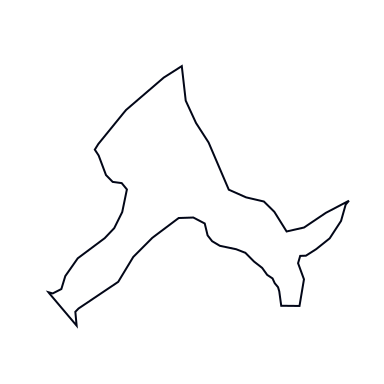 outline of Metlika, rotated 263°
{"feature_id": "SVN-969", "entity_name": "Metlika", "entity_type": "Municipality", "adm_level": 1, "iso_a3": "SVN", "parent_name": "Slovenia", "parent_adm1": "", "projection": "equal_earth", "projection_center": [15.277, 45.643], "detail": "fine", "context": "isolated", "style": "outline", "palette": "ink", "viewbox_px": 384, "rotation_deg": 263, "n_neighbors": 0, "source": "natural_earth", "source_scale": "10m", "svg_char_len": 913}
<svg xmlns="http://www.w3.org/2000/svg" viewBox="0 0 384 384"><g transform="rotate(263 192 192)"><path d="M110.0,37.3L108.3,41.4L111.6,50.5L124.0,56.0L140.1,70.5L156.8,99.7L165.6,110.4L180.6,120.3L202.5,127.7L209.4,123.3L211.7,114.5L219.3,108.7L239.6,103.8L245.9,100.7L251.1,104.9L278.3,133.2L281.5,136.6L309.0,177.9L318.2,197.2L283.4,196.9L260.0,204.4L239.1,214.5L189.8,228.8L180.1,245.0L173.8,262.2L162.3,271.3L141.3,281.1L143.1,298.9L155.0,322.3L164.2,346.7L163.3,345.7L160.8,343.0L145.1,336.4L129.2,323.0L120.1,308.2L114.9,297.3L115.4,291.6L108.4,288.6L91.7,292.5L65.8,284.8L68.2,266.7L82.8,266.5L87.0,265.8L91.4,263.0L96.4,261.4L100.6,256.5L108.1,252.4L115.4,245.1L125.1,237.6L129.8,228.9L135.2,213.1L140.7,206.0L147.0,202.2L159.2,200.8L166.5,190.2L167.8,175.6L151.4,147.1L134.7,125.8L111.8,107.8L90.2,65.2L87.3,61.6L73.4,61.2L108.5,38.2L110.0,37.3Z" fill="none" stroke="#020617" stroke-width="2"/></g></svg>